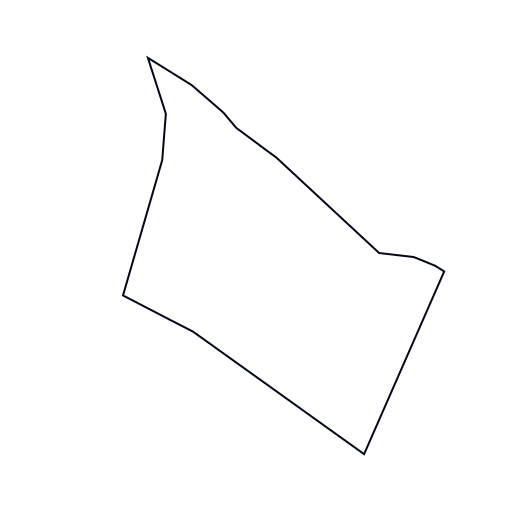 the district of Badr, Al Qahirah, Egypt, rotated 29°
{"feature_id": "37247803B98610862498628", "entity_name": "Badr", "entity_type": "district", "adm_level": 2, "iso_a3": "EGY", "parent_name": "Egypt", "parent_adm1": "Al Qahirah", "projection": "natural_earth1", "projection_center": [31.692, 30.146], "detail": "fine", "context": "isolated", "style": "outline", "palette": "ink", "viewbox_px": 512, "rotation_deg": 29, "n_neighbors": 0, "source": "geoboundaries", "source_scale": "gbopen_adm2", "svg_char_len": 452}
<svg xmlns="http://www.w3.org/2000/svg" viewBox="0 0 512 512"><g transform="rotate(29 256 256)"><path d="M336.3,364.1L350.0,365.7L446.6,376.9L428.1,178.3L417.7,177.7L409.6,178.6L394.6,180.4L362.3,193.7L315.3,182.1L225.9,160.0L214.7,158.6L176.6,153.5L163.7,148.6L158.0,146.4L128.7,140.2L116.8,137.7L65.4,135.1L108.2,175.3L127.5,217.6L158.8,355.0L211.8,353.5L237.6,352.7L243.7,353.4L336.3,364.1Z" fill="none" stroke="#020617" stroke-width="2"/></g></svg>